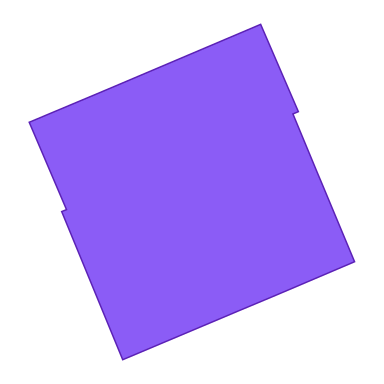 outline of Anderson, Kansas, United States of America, rotated 337°
{"feature_id": "52423323B39153241974735", "entity_name": "Anderson", "entity_type": "district", "adm_level": 2, "iso_a3": "USA", "parent_name": "United States of America", "parent_adm1": "Kansas", "projection": "orthographic", "projection_center": [-95.278, 38.214], "detail": "fine", "context": "isolated", "style": "filled", "palette": "violet", "viewbox_px": 384, "rotation_deg": 337, "n_neighbors": 0, "source": "geoboundaries", "source_scale": "gbopen_adm2", "svg_char_len": 331}
<svg xmlns="http://www.w3.org/2000/svg" viewBox="0 0 384 384"><g transform="rotate(337 192 192)"><path d="M62.7,319.3L188.1,319.6L230.5,319.8L314.4,319.7L314.9,235.4L314.9,225.1L315.4,159.6L321.3,159.6L320.7,64.5L153.5,64.5L69.4,64.2L69.6,159.2L64.4,159.1L62.7,319.3Z" fill="#8b5cf6" stroke="#5b21b6" stroke-width="1.5"/></g></svg>